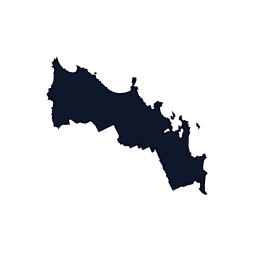 the district of Albany, Western Australia, Australia, rotated 244°
{"feature_id": "25037944B82098291834434", "entity_name": "Albany", "entity_type": "district", "adm_level": 2, "iso_a3": "AUS", "parent_name": "Australia", "parent_adm1": "Western Australia", "projection": "albers", "projection_center": [118.161, -34.738], "detail": "fine", "context": "isolated", "style": "filled", "palette": "ink", "viewbox_px": 256, "rotation_deg": 244, "n_neighbors": 0, "source": "geoboundaries", "source_scale": "gbopen_adm2", "svg_char_len": 5950}
<svg xmlns="http://www.w3.org/2000/svg" viewBox="0 0 256 256"><g transform="rotate(244 128 128)"><path d="M52.7,141.5L52.7,149.7L52.5,150.8L51.7,151.8L52.1,152.2L51.7,152.3L52.0,152.8L51.3,153.3L51.0,154.0L51.5,155.5L50.9,156.5L51.4,156.9L51.3,157.9L50.9,157.9L50.9,158.7L50.2,159.1L50.4,160.1L49.9,161.7L51.3,163.0L51.9,165.5L50.5,166.9L49.6,166.4L48.5,167.4L48.8,167.9L50.1,168.0L50.3,168.8L48.9,168.3L47.3,169.1L45.8,169.1L42.3,167.1L42.1,166.8L42.0,165.7L41.9,165.7L37.4,166.7L34.9,168.4L34.5,168.9L34.6,169.5L38.1,168.8L41.7,170.7L42.2,170.6L51.8,176.5L52.6,177.3L52.3,177.8L52.6,178.7L53.5,178.8L54.1,178.1L55.8,177.8L56.0,176.6L56.6,176.7L56.5,177.1L57.3,176.5L60.0,177.7L63.2,179.5L66.8,182.4L67.0,184.2L67.5,185.0L67.9,184.5L69.0,185.1L69.1,184.3L69.6,184.2L70.8,185.1L71.0,183.9L70.2,183.7L69.5,182.0L70.6,180.0L70.5,178.5L72.1,177.8L71.2,175.7L71.3,174.7L75.0,172.1L76.1,172.0L77.8,173.2L79.0,172.2L85.2,173.6L94.2,178.3L97.4,181.4L98.6,181.1L99.7,181.5L100.2,182.6L101.3,183.4L101.5,182.4L102.0,182.2L103.9,182.4L104.3,183.2L106.2,182.2L106.2,182.8L107.0,183.2L106.7,183.9L107.4,184.1L107.8,183.9L107.8,183.2L109.6,182.1L109.3,180.6L109.6,180.2L110.3,180.4L110.4,179.8L113.9,179.9L114.4,180.6L115.7,181.2L115.0,180.4L115.3,180.1L114.7,179.1L113.5,178.2L110.7,179.5L108.2,179.4L107.3,178.5L107.1,179.0L106.6,178.8L106.0,178.3L105.5,176.5L105.5,175.0L106.0,174.2L105.3,173.7L104.4,173.8L103.7,173.0L103.8,171.5L103.0,171.7L103.4,172.8L102.6,173.4L104.7,174.6L104.7,176.1L104.1,177.3L102.7,177.8L100.0,176.8L99.0,175.1L98.0,174.9L97.6,173.9L96.0,173.8L96.1,173.3L95.4,172.9L95.3,172.2L95.6,170.4L96.6,169.5L99.7,169.9L100.1,170.7L100.4,170.4L102.4,171.3L103.7,170.8L104.2,169.7L103.4,169.2L103.6,168.0L105.1,166.4L107.1,165.4L106.1,164.4L106.0,163.6L106.2,163.0L106.8,162.8L107.0,160.5L106.7,159.1L107.1,157.5L110.5,158.7L110.8,157.4L110.1,156.8L111.0,157.0L110.7,158.9L110.0,159.9L110.8,162.4L110.8,164.3L109.6,165.0L107.5,165.1L107.1,165.9L108.7,167.5L109.8,167.9L113.1,167.1L113.7,167.6L113.7,168.6L115.9,167.9L117.3,168.6L117.9,167.7L118.4,168.0L119.3,167.7L119.5,166.6L120.6,166.1L120.4,165.6L121.7,164.8L126.0,163.6L129.2,163.9L132.9,164.9L133.9,166.2L133.4,166.4L134.1,167.6L135.8,167.6L135.7,169.0L135.4,168.8L135.3,169.2L136.1,169.0L136.9,167.3L137.5,167.0L136.8,166.1L136.9,165.3L138.2,164.1L137.8,163.1L138.0,162.6L137.1,161.9L136.4,162.0L135.6,160.9L134.7,161.7L133.5,161.0L133.2,159.0L133.9,157.0L134.3,156.7L134.7,157.1L135.3,156.6L136.5,157.3L137.8,157.1L138.1,157.6L138.4,157.3L137.6,156.3L139.6,154.1L141.4,153.3L142.0,153.9L142.8,153.5L143.3,153.8L143.8,152.5L146.2,153.1L148.5,153.0L148.8,152.4L148.4,151.8L151.0,151.9L152.6,150.0L152.3,151.0L153.2,151.6L154.3,151.2L155.7,152.0L157.9,151.7L159.3,152.4L159.5,153.0L159.2,153.4L159.6,153.3L160.0,153.9L160.8,153.7L161.2,153.1L160.7,152.0L163.7,151.1L163.0,150.3L163.6,149.7L163.0,148.6L161.3,148.2L160.8,148.6L160.0,147.9L159.8,144.3L160.5,140.3L162.7,134.7L165.5,130.9L169.4,127.7L171.9,126.4L173.7,126.3L173.7,125.6L174.6,125.0L176.3,124.8L177.5,124.1L178.4,124.2L178.5,123.5L179.6,123.1L180.9,122.9L181.6,123.4L182.5,122.1L184.3,122.3L185.0,121.2L186.5,120.6L189.5,121.3L190.2,120.8L190.2,119.5L192.0,118.0L193.9,117.5L196.1,116.1L198.6,116.4L198.6,115.9L199.6,115.2L199.7,114.6L201.4,113.8L201.4,112.6L202.2,111.5L204.2,110.8L205.7,109.6L202.7,108.8L202.5,107.9L201.5,107.5L200.7,105.1L201.4,102.4L203.2,99.8L206.3,97.5L208.7,96.5L208.5,95.9L209.3,95.3L214.6,94.1L217.9,93.9L221.5,94.5L220.5,93.5L220.9,92.5L221.4,92.3L220.8,92.1L220.6,91.0L220.0,90.9L220.2,89.3L220.0,89.8L218.7,89.3L219.1,88.8L216.7,88.8L216.0,88.4L216.1,87.2L215.5,87.4L215.4,88.2L214.7,88.8L213.8,88.7L214.0,88.3L213.1,87.8L212.2,88.1L212.3,87.8L210.9,87.1L210.6,86.5L209.1,85.4L207.0,85.1L206.3,84.1L205.0,84.2L204.5,83.3L203.6,83.5L203.5,82.6L202.3,82.1L200.8,80.2L199.7,80.6L199.3,79.9L199.7,78.8L199.3,77.8L198.6,78.0L197.0,76.7L197.4,75.3L196.9,74.8L197.3,74.0L194.7,73.6L194.8,72.6L193.7,70.3L189.7,70.5L188.8,69.4L188.3,70.1L189.0,72.1L187.1,71.3L185.0,73.2L183.8,72.5L182.6,72.4L182.0,72.9L181.4,72.5L182.1,71.9L181.9,71.6L179.7,70.7L179.1,68.5L177.2,69.1L176.6,68.8L176.5,67.7L174.8,67.8L174.6,66.8L173.8,66.5L173.6,65.8L170.9,65.7L170.5,64.8L169.4,64.2L168.5,64.7L167.5,63.7L166.4,64.2L162.0,62.7L162.0,64.2L160.8,64.2L160.8,65.6L158.6,65.6L159.7,67.5L160.5,71.3L159.7,71.8L157.5,76.8L161.9,77.9L161.7,80.5L155.0,84.2L154.7,88.0L154.1,88.3L154.1,89.1L153.2,89.1L151.4,91.7L151.5,93.3L151.1,93.3L151.2,98.1L144.1,100.5L137.8,100.5L137.8,117.2L123.9,117.2L123.9,116.6L122.7,116.6L122.7,114.8L121.9,114.8L121.9,113.8L119.0,113.8L118.8,114.7L116.8,114.7L116.8,116.4L113.8,117.4L111.9,121.5L108.7,121.7L109.5,121.9L109.1,131.4L108.1,131.6L108.0,129.7L107.6,129.7L107.5,129.2L105.4,129.2L105.4,132.1L102.4,132.1L102.4,139.5L96.0,139.5L96.2,141.1L97.7,141.8L97.8,144.3L95.9,144.3L95.9,143.7L92.3,143.8L92.3,144.3L90.6,144.3L90.6,143.5L84.4,143.5L84.4,142.5L82.9,143.2L82.8,142.8L78.4,143.2L78.4,144.0L77.7,144.0L77.7,142.7L76.5,142.7L76.4,142.2L75.2,142.2L75.2,142.7L68.7,142.8L68.7,143.2L68.1,143.2L68.1,142.0L66.8,142.0L66.8,142.7L65.1,142.7L65.1,143.1L64.1,143.1L64.1,142.4L62.4,142.4L62.4,143.2L62.1,143.1L61.7,141.3L52.7,141.5ZM167.7,156.0L169.5,156.6L169.7,155.5L170.5,155.0L170.6,154.4L167.1,152.0L166.0,152.3L165.3,151.9L165.5,152.3L164.9,152.5L164.8,153.1L166.0,153.6L166.3,154.8L167.2,154.9L167.7,156.0ZM100.8,192.3L101.0,192.8L100.8,192.3L101.4,191.8L99.5,191.2L98.3,191.9L100.8,192.3ZM118.4,175.2L120.5,175.3L121.4,175.0L117.9,174.2L118.5,174.8L118.4,175.2ZM116.6,172.4L118.9,172.3L119.2,172.0L117.8,171.4L116.8,171.7L116.6,172.4ZM138.5,166.1L138.7,165.6L137.9,165.0L137.8,165.3L138.5,166.1ZM191.2,123.0L191.5,123.1L191.8,122.7L191.5,122.4L191.2,123.0ZM97.6,192.2L98.2,193.3L98.0,192.4L97.6,192.2ZM133.5,167.4L133.7,168.0L134.1,168.1L133.8,167.5L133.5,167.4ZM106.3,174.6L106.5,174.9L107.0,174.6L106.8,174.5L106.3,174.6Z" fill="#0f172a" stroke="#020617" stroke-width="1.5"/></g></svg>